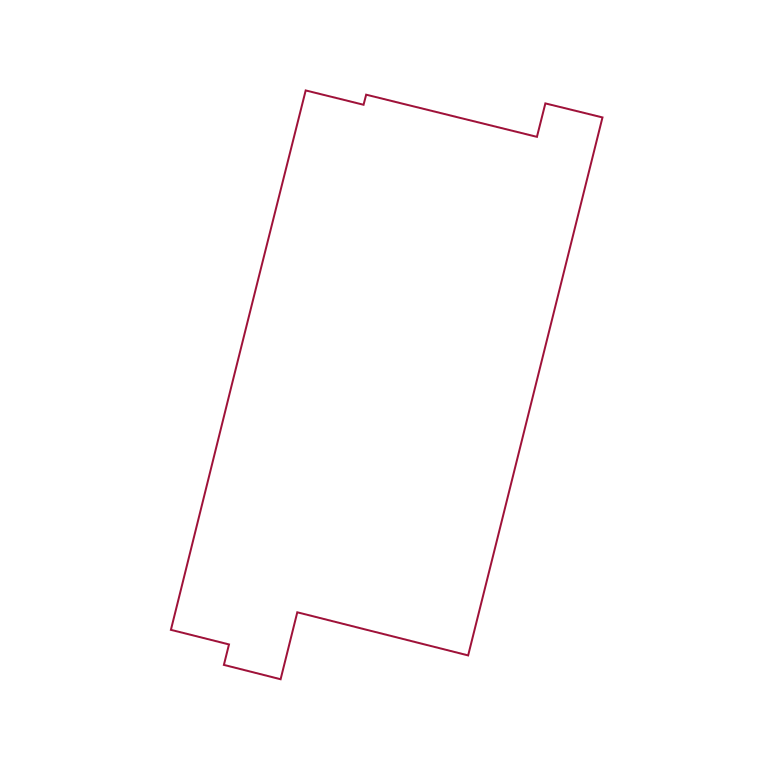 Daniels, Montana, United States of America (Equal Earth projection), rotated 284°
{"feature_id": "52423323B93152505552387", "entity_name": "Daniels", "entity_type": "district", "adm_level": 2, "iso_a3": "USA", "parent_name": "United States of America", "parent_adm1": "Montana", "projection": "equal_earth", "projection_center": [-105.604, 48.781], "detail": "fine", "context": "isolated", "style": "outline", "palette": "rose", "viewbox_px": 768, "rotation_deg": 284, "n_neighbors": 0, "source": "geoboundaries", "source_scale": "gbopen_adm2", "svg_char_len": 390}
<svg xmlns="http://www.w3.org/2000/svg" viewBox="0 0 768 768"><g transform="rotate(284 384 384)"><path d="M255.8,531.4L695.5,531.5L695.3,472.7L660.8,472.6L660.4,296.7L650.0,296.6L649.9,237.0L558.4,236.8L458.1,236.6L346.2,236.5L248.9,236.6L126.5,236.7L93.9,236.7L93.8,296.6L72.7,296.6L72.5,355.1L141.5,355.1L141.0,531.3L255.8,531.4Z" fill="none" stroke="#9f1239" stroke-width="2"/></g></svg>